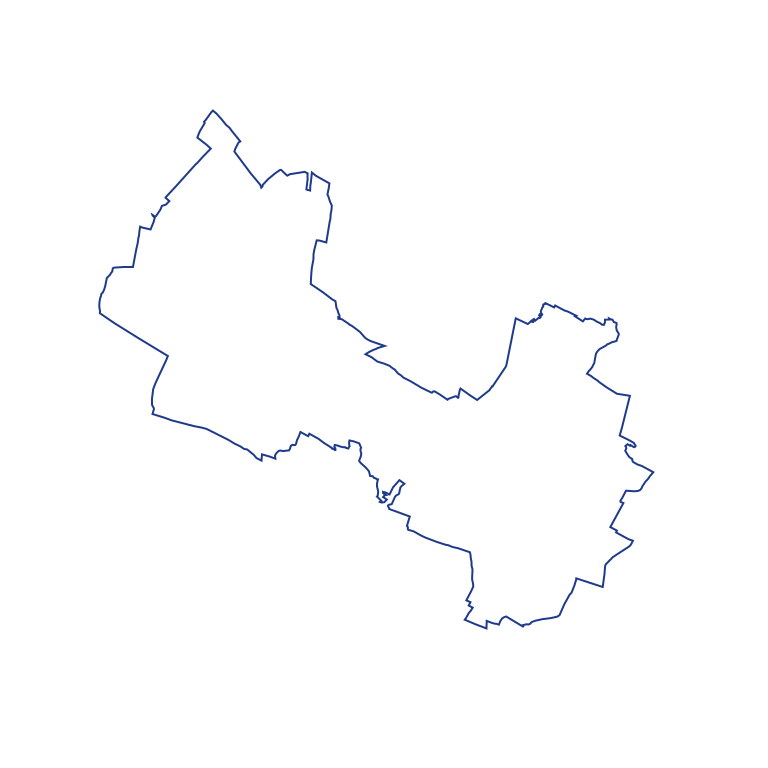 Podu Turcului, Bacau, Romania, rotated 209°
{"feature_id": "2599482B35845485094617", "entity_name": "Podu Turcului", "entity_type": "district", "adm_level": 2, "iso_a3": "ROU", "parent_name": "Romania", "parent_adm1": "Bacau", "projection": "robinson", "projection_center": [27.419, 46.199], "detail": "fine", "context": "isolated", "style": "outline", "palette": "blue", "viewbox_px": 768, "rotation_deg": 209, "n_neighbors": 0, "source": "geoboundaries", "source_scale": "gbopen_adm2", "svg_char_len": 6158}
<svg xmlns="http://www.w3.org/2000/svg" viewBox="0 0 768 768"><g transform="rotate(209 384 384)"><path d="M249.0,536.9L258.2,536.5L261.8,535.8L272.4,535.6L272.3,533.5L282.1,533.0L282.2,532.7L281.8,532.1L283.1,531.0L283.1,530.1L282.2,528.9L282.6,527.7L282.1,523.6L281.7,523.0L280.8,522.2L279.3,521.5L279.3,521.2L279.5,520.3L281.6,520.5L281.6,519.2L279.5,518.3L279.8,517.1L280.9,516.6L282.4,512.8L284.3,513.6L284.8,512.8L283.5,511.2L283.6,510.5L284.3,510.2L285.0,511.2L285.7,511.1L286.6,507.8L287.3,506.2L300.6,505.3L286.0,459.5L285.9,457.8L287.9,434.5L288.3,434.5L288.9,429.4L294.8,415.2L302.2,415.7L314.9,417.1L314.8,415.6L313.0,409.6L312.3,408.4L312.3,408.0L312.9,407.8L314.9,408.3L315.6,407.9L320.5,402.2L320.8,401.0L330.1,401.9L336.1,402.1L337.3,401.4L337.8,399.7L338.3,399.5L349.1,398.9L362.5,399.3L370.2,399.0L373.4,399.8L376.8,400.0L381.8,401.9L383.7,401.9L388.0,402.6L393.8,401.9L400.7,400.4L407.7,401.4L414.6,401.1L412.5,404.9L409.5,409.1L408.1,410.6L407.1,412.3L401.9,417.6L414.0,415.5L417.2,415.0L420.8,415.0L423.1,415.3L430.3,417.9L440.4,419.3L443.5,419.2L443.9,419.5L452.2,420.2L453.4,419.9L455.5,418.9L456.5,420.4L455.3,421.1L456.5,422.7L457.8,423.5L460.9,426.5L462.4,427.4L466.6,432.9L470.3,432.9L481.6,434.6L496.5,435.9L500.5,444.0L503.3,450.3L506.2,458.9L508.6,463.4L510.1,467.9L512.5,477.0L511.2,477.7L509.4,478.3L503.1,479.8L510.0,499.1L511.0,502.5L513.3,507.4L514.0,510.0L515.5,513.4L516.2,514.8L519.6,517.3L523.3,520.8L525.3,522.3L527.3,528.5L529.0,533.0L544.5,533.1L549.6,534.0L545.8,525.1L544.5,521.5L542.4,517.4L544.6,516.8L546.2,516.5L550.3,526.6L551.0,527.4L552.9,531.2L556.2,531.1L568.0,521.9L569.5,519.4L570.6,519.5L577.8,521.4L578.7,520.8L581.3,515.6L584.6,507.2L586.6,499.4L586.2,498.4L586.1,497.7L586.5,496.2L588.9,498.3L602.9,503.7L627.6,514.8L628.1,517.8L628.3,524.7L627.3,526.5L639.7,531.5L643.3,533.2L647.5,534.0L654.4,536.8L661.6,539.3L666.2,540.2L666.8,538.0L667.9,528.8L668.5,526.0L667.3,525.3L667.6,516.3L667.4,513.5L666.7,509.0L655.5,507.3L649.6,505.9L652.6,495.0L654.5,486.6L655.1,485.3L661.8,456.2L665.5,441.3L665.4,441.0L660.4,439.9L661.7,435.2L664.6,432.1L664.1,428.0L664.8,420.1L665.1,419.6L665.6,419.4L668.6,419.7L668.1,419.2L665.5,418.4L665.0,417.9L664.1,414.3L663.1,406.0L671.4,403.6L673.6,403.4L671.9,398.8L670.0,394.5L669.9,393.4L667.8,388.0L665.8,381.2L660.3,364.6L668.6,360.0L675.9,355.3L676.9,354.5L677.3,353.8L676.2,350.5L676.5,349.3L676.6,346.6L677.8,342.4L675.3,334.4L674.5,330.7L674.3,327.5L674.9,325.9L674.3,324.2L673.8,321.3L672.5,317.5L670.6,313.7L667.6,309.9L666.9,308.2L649.2,306.5L621.9,305.1L586.6,303.7L586.0,298.6L584.3,274.1L583.4,267.7L579.7,258.4L577.0,253.7L576.3,252.9L573.9,251.5L573.1,250.6L571.9,245.5L559.0,248.2L552.3,249.2L529.9,255.0L522.2,257.5L517.3,258.7L493.0,259.7L486.1,259.4L479.4,259.8L474.9,259.4L471.8,260.4L463.5,258.9L459.6,257.4L454.0,257.6L456.6,263.3L448.3,265.2L442.8,266.0L444.5,268.3L444.7,269.7L444.6,271.2L443.8,274.0L443.3,274.9L441.7,275.9L440.0,276.2L434.9,279.9L434.8,281.3L435.5,284.7L434.6,286.4L432.5,287.2L432.1,287.7L431.9,289.0L432.9,292.8L433.0,296.0L433.8,301.5L425.0,301.6L425.2,304.3L414.7,304.3L408.5,303.4L398.7,302.8L398.5,302.4L398.1,302.3L396.0,302.7L395.0,302.4L394.5,302.7L394.7,303.2L395.6,304.3L396.9,304.8L397.5,306.8L394.3,307.8L392.9,307.9L389.3,308.8L387.5,309.8L387.0,309.7L386.4,309.9L386.0,309.7L383.9,310.3L384.1,312.1L383.9,312.9L385.2,314.3L386.5,316.6L386.8,317.9L382.8,319.1L376.9,320.1L373.1,317.1L373.0,315.5L371.5,313.4L370.2,312.3L369.2,309.6L368.6,305.0L368.1,304.4L365.7,303.5L359.8,302.2L355.1,300.5L354.6,300.1L351.5,296.8L349.2,297.9L347.2,297.0L345.5,297.5L344.2,297.1L343.1,297.7L341.8,293.4L340.5,291.1L336.9,287.1L335.5,283.7L335.4,282.8L335.6,282.2L329.7,280.5L330.4,278.9L328.7,279.1L326.4,280.8L325.5,284.3L330.0,284.7L329.8,285.7L329.2,287.2L328.5,287.8L330.5,287.8L330.9,288.3L331.9,288.2L332.5,289.1L330.9,289.3L330.8,289.8L325.6,290.1L326.0,298.0L323.9,307.4L317.8,306.6L319.2,303.1L319.5,301.3L319.0,300.2L318.6,298.0L318.1,297.2L317.7,295.4L317.8,294.7L319.3,292.4L319.7,290.9L319.0,282.7L319.4,282.2L321.0,281.0L321.5,280.0L321.5,279.3L319.4,277.9L318.8,277.2L297.2,280.6L295.1,270.9L293.8,270.5L293.0,269.0L292.2,268.2L286.6,269.5L279.1,269.4L273.7,269.7L261.1,271.5L252.0,273.3L249.9,274.1L244.9,274.7L239.9,276.2L227.3,278.5L225.6,276.6L222.9,272.7L221.8,271.7L219.0,267.1L216.8,264.9L212.4,256.1L208.9,252.0L207.7,250.0L207.3,244.5L207.1,234.7L202.6,235.1L202.5,231.3L198.0,231.4L198.1,228.3L198.8,224.9L198.8,219.0L199.1,217.0L187.5,218.2L175.9,219.9L179.3,226.6L173.6,227.4L170.8,228.1L169.3,228.8L166.9,229.2L167.3,233.5L167.0,236.3L165.9,238.3L164.4,239.9L144.9,239.2L144.8,239.8L145.6,240.4L142.8,243.0L141.2,243.6L140.6,244.3L139.8,245.4L139.5,247.3L136.9,250.3L131.6,255.0L124.4,260.3L119.8,264.4L118.4,266.9L119.5,278.9L119.5,289.8L118.8,292.3L119.9,300.8L120.2,301.8L121.0,305.9L121.6,307.2L94.3,312.5L99.2,325.1L102.1,331.4L102.6,333.2L102.5,334.1L99.9,343.6L90.9,360.6L90.4,361.9L90.2,363.8L90.3,367.6L95.0,366.8L109.1,366.7L109.2,368.7L116.7,368.6L116.9,395.9L120.0,395.6L120.6,396.4L120.4,399.8L120.6,408.0L112.9,411.6L110.0,413.6L108.5,415.7L108.2,417.6L108.4,419.7L108.0,425.2L107.0,429.2L106.8,432.2L105.7,437.4L118.7,437.3L123.3,436.5L128.4,436.6L129.7,437.4L130.4,438.7L133.9,439.0L135.2,439.5L140.6,442.5L140.9,445.1L141.6,446.1L142.8,446.7L141.8,449.4L138.9,449.3L138.9,450.1L134.7,449.9L134.1,450.6L133.8,451.6L134.1,452.2L135.7,452.7L136.3,453.4L137.0,453.6L142.0,453.7L152.9,453.2L154.7,461.1L163.2,492.9L175.5,488.4L187.7,489.0L196.8,490.0L198.8,490.5L204.0,490.9L207.1,491.4L211.4,491.4L211.1,494.9L210.8,495.7L210.1,499.6L210.3,501.9L210.2,504.0L213.1,512.6L213.3,514.1L213.1,516.2L212.4,519.0L208.3,525.6L208.0,527.0L207.0,528.0L204.8,531.2L202.6,533.2L201.5,534.6L201.9,535.8L202.6,541.0L203.3,542.0L206.3,543.6L208.0,545.6L208.7,546.7L209.4,548.9L210.3,550.1L213.0,549.6L215.3,551.0L217.1,550.5L218.7,550.5L217.9,549.8L221.9,547.4L220.7,545.2L220.3,542.5L221.1,542.3L221.2,541.9L222.3,541.5L224.1,542.0L228.2,541.7L231.7,542.0L235.3,541.2L237.2,539.5L238.8,538.8L239.8,538.8L240.4,535.2L249.7,535.8L249.0,536.9Z" fill="none" stroke="#1e3a8a" stroke-width="2"/></g></svg>